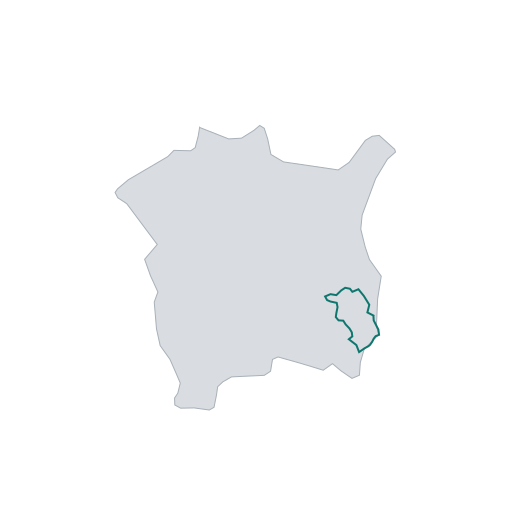 Dečani on a map of Kosovo (Mercator projection), rotated 214°
{"feature_id": "KOS-5889", "entity_name": "Dečani", "entity_type": "District", "adm_level": 1, "iso_a3": "XKX", "parent_name": "Kosovo", "parent_adm1": "", "projection": "mercator", "projection_center": [20.231, 42.545], "detail": "fine", "context": "in_parent", "style": "outline", "palette": "teal", "viewbox_px": 512, "rotation_deg": 214, "n_neighbors": 0, "source": "natural_earth", "source_scale": "10m", "svg_char_len": 1555}
<svg xmlns="http://www.w3.org/2000/svg" viewBox="0 0 512 512"><g transform="rotate(214 256 256)"><path d="M159.3,191.9L181.3,184.6L184.5,179.5L179.5,168.6L182.4,161.7L208.7,142.1L213.1,133.2L214.7,126.2L211.1,118.8L206.2,107.1L208.6,102.2L222.3,95.5L233.4,87.7L240.0,87.1L244.1,92.7L244.1,98.5L247.7,108.3L255.9,113.6L269.5,122.2L285.3,128.1L297.7,139.9L314.6,160.9L317.2,171.3L332.4,180.6L346.5,191.0L344.3,210.3L392.4,227.1L403.2,227.0L408.4,229.9L408.3,234.4L404.5,247.8L384.7,289.1L383.1,297.7L369.0,306.7L367.0,311.8L371.0,323.2L374.7,331.2L374.4,331.1L344.1,337.8L333.9,345.6L327.9,359.2L325.9,366.3L320.6,366.5L311.7,359.5L300.4,348.5L285.8,349.4L236.0,373.3L231.1,385.8L230.0,413.0L226.6,420.3L221.3,424.9L200.7,422.0L198.5,420.2L201.2,409.8L200.1,387.1L190.9,349.3L184.2,336.9L170.6,324.6L160.0,316.5L140.9,309.3L131.2,288.5L116.7,264.8L109.7,259.4L110.8,257.0L114.2,239.2L110.0,226.1L103.6,215.0L108.0,208.2L121.4,208.3L132.4,209.5L136.4,198.9L159.3,191.9Z" fill="#d9dde1" stroke="#a8b0b8" stroke-width="1"/><path d="M125.3,272.2L122.4,268.4L113.5,263.5L109.9,259.5L112.0,256.4L112.2,253.2L111.7,249.9L111.8,246.0L112.4,244.0L114.4,240.2L116.8,234.0L123.0,238.3L132.5,238.9L131.2,243.2L133.9,246.3L138.0,248.2L143.4,249.4L147.5,251.2L151.6,248.8L155.7,250.0L157.5,253.7L159.8,259.2L162.9,262.3L168.8,259.9L172.4,259.2L176.1,261.1L172.9,266.0L167.5,268.5L166.1,275.2L164.3,279.5L159.8,281.4L156.1,280.2L152.5,285.7L144.3,283.2L134.8,278.9L132.1,271.5L125.4,272.3L125.4,272.2L125.3,272.2Z" fill="none" stroke="#0f766e" stroke-width="2"/></g></svg>